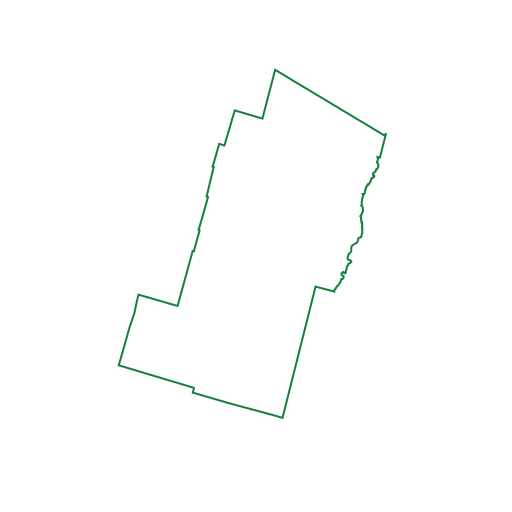 Suipacha, Buenos Aires, Argentina, rotated 242°
{"feature_id": "61730980B93203446510136", "entity_name": "Suipacha", "entity_type": "district", "adm_level": 2, "iso_a3": "ARG", "parent_name": "Argentina", "parent_adm1": "Buenos Aires", "projection": "robinson", "projection_center": [-59.716, -34.739], "detail": "fine", "context": "isolated", "style": "outline", "palette": "green", "viewbox_px": 512, "rotation_deg": 242, "n_neighbors": 0, "source": "geoboundaries", "source_scale": "gbopen_adm2", "svg_char_len": 4449}
<svg xmlns="http://www.w3.org/2000/svg" viewBox="0 0 512 512"><g transform="rotate(242 256 256)"><path d="M139.4,162.3L104.9,199.1L100.6,203.4L201.0,294.2L187.8,308.5L188.1,308.7L188.6,308.9L189.3,309.4L189.6,309.8L189.6,310.4L189.6,310.9L190.2,311.5L190.6,312.1L190.9,312.7L191.1,313.2L191.4,313.8L191.4,314.1L191.4,314.6L191.7,315.1L191.9,315.7L192.2,316.4L192.6,316.9L193.0,317.1L193.1,317.5L193.2,318.2L193.6,318.7L194.2,319.1L194.7,319.6L195.1,320.0L195.3,320.3L195.5,320.9L195.2,321.5L195.2,322.3L195.7,323.1L196.3,323.5L196.5,323.7L197.0,323.8L197.3,323.7L197.9,323.3L198.3,323.1L199.1,322.9L199.8,322.9L200.5,323.5L200.8,324.3L200.9,325.3L200.9,325.7L200.5,325.7L200.1,325.7L199.5,325.8L199.1,326.1L199.0,326.5L198.9,327.1L199.3,327.6L199.8,327.9L200.4,328.2L201.0,328.6L201.2,328.9L201.7,329.7L202.7,330.5L203.5,330.8L204.0,331.3L204.4,332.1L204.5,332.9L204.8,333.3L205.9,334.3L205.8,335.2L205.7,336.3L206.0,337.4L206.8,337.7L207.8,337.1L208.6,336.7L209.0,336.2L209.3,335.6L210.6,335.6L211.9,336.4L213.0,337.5L213.5,337.9L214.1,339.1L214.7,340.2L215.0,341.6L215.6,342.3L216.7,343.1L217.7,343.5L218.7,344.0L219.9,345.5L220.2,347.2L220.4,349.1L220.3,350.5L220.5,351.4L221.0,352.3L221.8,353.4L222.7,354.1L223.5,354.5L223.8,355.2L223.6,356.0L223.3,357.7L224.1,358.4L224.9,359.1L225.9,359.9L226.5,360.7L226.9,361.1L227.1,361.1L227.8,361.3L228.4,361.6L228.9,361.9L229.1,362.0L229.5,362.2L229.7,362.6L230.1,362.8L230.4,363.0L230.7,363.0L231.3,362.8L231.6,362.9L232.1,363.3L232.5,363.7L233.0,364.0L233.7,364.3L234.2,364.5L234.5,364.6L234.9,364.9L235.3,365.4L235.6,365.4L235.9,365.1L236.1,364.8L236.5,364.8L236.9,365.2L237.3,365.6L237.8,365.8L238.3,365.7L238.8,365.7L239.1,365.9L239.5,366.1L239.9,366.4L240.0,366.7L240.4,367.0L241.3,366.9L241.7,366.7L242.0,366.7L242.3,366.9L242.5,367.4L242.7,367.7L242.9,368.1L242.9,368.3L243.0,368.8L243.5,369.4L243.8,369.4L244.1,369.5L244.4,370.0L244.6,370.3L244.9,370.9L245.3,371.6L245.8,371.8L246.1,371.9L246.5,372.0L246.9,372.0L247.3,372.2L247.6,372.4L248.2,372.9L248.8,373.0L249.2,373.1L249.6,373.1L250.0,373.1L250.4,372.9L250.7,372.7L251.0,372.6L251.1,373.0L251.2,373.3L251.3,373.4L251.5,373.6L252.0,373.7L252.5,373.8L253.0,374.1L253.5,374.3L253.9,374.5L254.3,374.8L254.5,375.0L254.9,375.3L255.2,375.7L255.7,375.8L256.0,376.2L256.6,376.5L256.8,376.8L257.1,377.1L257.5,377.4L257.8,377.6L258.1,378.1L258.3,378.3L258.6,378.6L258.9,378.9L259.2,379.2L259.5,379.2L259.8,379.2L260.0,379.4L260.2,379.2L260.5,379.2L260.3,379.5L260.2,379.7L260.0,380.0L259.8,380.3L260.1,380.6L260.3,380.7L260.4,381.1L260.4,381.5L260.9,381.8L261.3,382.2L261.6,382.6L262.0,382.9L262.6,383.0L263.1,383.3L263.3,383.8L263.5,384.3L263.9,384.6L264.2,384.8L264.6,385.0L265.0,385.4L265.4,385.8L265.5,386.2L265.5,386.8L265.7,387.0L265.7,387.3L265.8,387.6L266.3,387.8L266.5,388.0L266.8,388.3L266.9,388.5L266.7,388.8L266.4,389.1L266.6,389.3L266.6,389.5L266.6,389.9L266.7,390.1L267.0,390.3L267.2,390.6L267.4,390.9L267.7,391.4L267.9,391.7L268.1,391.8L268.1,392.2L268.2,392.4L268.4,392.6L268.6,393.0L268.9,393.1L269.0,393.2L269.2,393.4L269.4,393.6L269.6,393.7L269.8,394.0L270.0,394.1L270.1,394.3L270.2,394.6L270.4,394.8L270.4,395.1L270.2,395.4L270.1,395.6L270.2,395.8L270.4,396.0L270.4,396.4L270.6,396.6L270.6,396.8L270.5,397.1L270.4,397.4L270.8,397.8L271.1,398.1L271.4,398.0L271.7,397.9L271.9,397.7L272.1,397.5L272.5,397.5L272.8,397.5L273.1,397.5L273.3,397.6L273.7,397.7L273.9,398.0L273.8,398.3L273.9,398.6L274.0,398.9L274.1,399.0L274.3,399.2L274.3,399.8L274.3,400.2L274.5,400.4L274.5,401.0L274.6,401.3L274.9,401.5L275.0,401.8L275.5,402.1L275.9,402.4L276.1,402.7L275.8,403.3L276.0,403.7L276.2,403.9L276.4,404.3L276.4,404.8L276.6,405.1L276.9,405.4L277.2,405.7L277.6,405.8L278.0,406.0L278.5,406.5L278.8,406.7L279.2,406.8L279.5,407.0L280.0,407.0L280.3,406.9L280.9,407.1L281.4,407.0L281.8,406.7L282.1,406.8L282.3,407.0L282.4,407.3L282.7,407.7L283.1,407.9L283.5,408.4L284.0,409.0L284.6,409.3L285.0,409.5L285.5,409.6L286.1,409.5L286.5,409.7L284.7,411.6L303.3,428.5L301.9,426.1L392.2,371.8L404.8,364.3L411.4,360.3L374.3,326.2L394.5,305.6L368.4,280.0L372.3,276.2L355.4,259.9L355.3,259.7L354.5,260.5L340.9,248.4L332.2,240.8L332.1,240.5L331.9,240.4L331.7,240.3L331.4,240.6L331.2,240.8L330.8,240.9L330.5,240.9L330.4,241.1L320.0,231.2L305.9,217.5L305.1,218.2L289.3,203.3L290.1,202.4L248.7,163.3L277.0,134.1L271.6,129.2L263.1,122.2L257.0,115.8L252.3,110.8L223.9,83.5L168.7,139.3L165.0,136.1L139.4,162.3Z" fill="none" stroke="#15803d" stroke-width="2"/></g></svg>